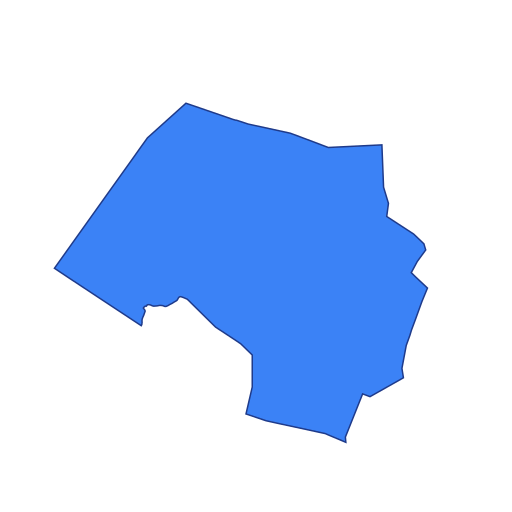 the district of Onavas, Sonora, Mexico, rotated 22°
{"feature_id": "50627088B8443354195275", "entity_name": "Onavas", "entity_type": "district", "adm_level": 2, "iso_a3": "MEX", "parent_name": "Mexico", "parent_adm1": "Sonora", "projection": "albers", "projection_center": [-109.518, 28.457], "detail": "fine", "context": "isolated", "style": "filled", "palette": "blue", "viewbox_px": 512, "rotation_deg": 22, "n_neighbors": 0, "source": "geoboundaries", "source_scale": "gbopen_adm2", "svg_char_len": 1787}
<svg xmlns="http://www.w3.org/2000/svg" viewBox="0 0 512 512"><g transform="rotate(22 256 256)"><path d="M410.5,186.1L407.1,181.8L394.0,176.6L362.4,170.4L359.1,157.6L348.5,144.4L331.1,105.8L282.4,128.3L252.4,129.0L252.2,129.0L241.8,129.3L199.3,136.6L187.1,137.4L186.2,137.7L183.2,138.0L133.8,140.6L111.1,187.1L107.8,200.7L105.1,212.2L94.2,257.4L73.7,342.9L93.6,347.0L173.7,363.2L173.8,363.2L175.7,363.6L175.8,362.4L175.7,361.8L175.5,361.3L175.3,360.4L175.1,359.9L174.7,359.1L174.4,358.3L174.1,357.1L174.0,355.5L174.1,352.9L174.0,351.0L173.9,348.8L173.4,348.0L172.5,347.3L172.0,347.1L171.5,346.8L171.3,346.7L171.1,346.5L171.1,346.3L171.1,346.0L171.1,345.8L171.2,345.6L171.4,345.3L171.5,345.1L171.7,344.8L171.8,344.4L172.0,344.1L172.4,343.8L172.8,343.7L173.0,343.7L173.2,343.4L173.3,342.9L173.4,342.6L173.4,342.2L173.5,342.1L173.8,341.8L174.3,341.5L175.0,341.2L176.5,340.9L177.6,341.0L178.0,341.0L178.4,341.0L178.9,341.0L179.4,340.9L179.6,340.9L180.2,340.7L181.0,340.3L181.8,339.9L182.8,339.4L183.8,338.8L184.6,338.2L185.6,337.7L186.8,337.3L187.9,337.0L189.0,336.9L189.9,337.0L191.0,336.7L191.8,336.2L193.1,334.8L194.3,333.2L196.0,331.3L196.9,330.0L197.7,328.9L198.7,327.7L199.3,326.8L199.5,326.1L199.6,325.4L199.7,324.3L199.9,323.4L200.3,322.7L200.5,322.4L201.0,322.1L201.3,322.0L201.7,321.9L202.2,321.8L203.0,321.8L204.0,321.7L208.4,321.8L212.2,323.3L212.3,323.4L245.2,337.1L264.2,340.9L274.7,343.1L289.6,349.2L301.6,378.9L305.9,406.2L326.9,405.0L338.8,403.0L386.8,394.7L389.5,394.8L409.1,395.1L406.7,390.4L406.5,343.9L414.4,343.7L438.3,313.7L438.2,313.5L433.4,305.5L428.8,282.6L428.4,271.9L427.9,266.3L427.6,255.2L427.1,241.6L426.9,235.9L426.9,235.7L427.0,221.5L411.8,215.6L406.2,213.3L407.6,200.6L411.1,186.8L410.5,186.1Z" fill="#3b82f6" stroke="#1e3a8a" stroke-width="1.5"/></g></svg>